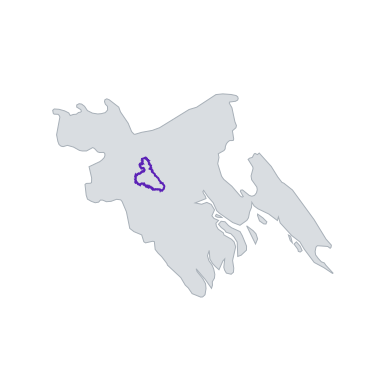 Sirajganj, Rajshahi, Bangladesh (highlighted), rotated 330°
{"feature_id": "16705992B55394931042500", "entity_name": "Sirajganj", "entity_type": "district", "adm_level": 2, "iso_a3": "BGD", "parent_name": "Bangladesh", "parent_adm1": "Rajshahi", "projection": "natural_earth1", "projection_center": [89.578, 24.399], "detail": "fine", "context": "in_parent", "style": "outline", "palette": "violet", "viewbox_px": 384, "rotation_deg": 330, "n_neighbors": 0, "source": "geoboundaries", "source_scale": "gbopen_adm2", "svg_char_len": 8720}
<svg xmlns="http://www.w3.org/2000/svg" viewBox="0 0 384 384"><g transform="rotate(330 192 192)"><path d="M139.6,269.4L139.5,260.5L134.2,243.1L134.5,241.2L133.4,232.8L132.1,228.2L131.4,223.3L134.6,216.1L133.3,215.0L126.3,212.8L125.4,211.0L127.0,204.0L121.9,197.3L119.9,192.4L125.3,176.4L126.7,165.3L126.3,163.1L123.0,160.6L117.2,159.6L113.0,157.6L110.6,154.4L108.6,153.2L106.1,154.1L102.8,152.9L100.1,149.7L97.9,145.9L98.8,141.8L103.1,132.0L104.7,131.7L108.3,133.6L109.7,133.6L112.1,129.7L115.5,118.6L127.4,119.6L130.2,119.2L133.2,118.3L134.8,116.9L135.7,115.2L135.4,113.6L131.7,111.6L130.3,110.0L129.3,105.6L128.3,103.9L121.1,103.7L117.5,101.6L115.4,99.8L111.8,93.8L107.4,89.3L103.1,88.3L101.5,86.8L100.6,84.5L101.1,81.2L103.3,74.8L115.0,61.1L115.3,59.5L114.9,57.8L111.5,55.6L111.2,54.5L112.2,51.6L114.2,51.2L118.2,53.9L122.3,58.1L124.8,61.9L124.8,64.9L128.0,65.5L130.7,66.8L133.5,66.4L135.3,67.1L136.5,66.9L136.9,65.1L134.6,60.8L135.7,59.0L138.4,59.1L140.4,60.7L141.8,64.1L142.1,69.2L145.2,73.9L149.4,77.3L152.6,78.8L156.6,79.9L159.9,78.8L161.6,75.6L160.9,72.6L161.4,70.0L162.7,68.6L164.8,68.7L166.4,70.7L171.0,81.9L170.1,86.9L171.1,100.5L169.9,109.5L170.7,112.9L171.4,113.5L178.4,115.2L188.4,118.8L196.0,120.1L230.7,119.1L238.3,120.9L261.4,119.6L267.7,122.4L274.6,127.1L278.4,130.5L279.2,132.5L278.7,134.2L277.5,135.2L275.1,135.2L269.6,132.9L268.7,133.6L268.7,139.0L264.3,152.5L263.7,156.7L262.2,158.3L257.6,159.2L254.6,167.0L253.4,168.0L250.3,166.3L248.5,166.5L246.1,167.3L243.8,169.1L242.2,171.3L240.4,172.1L233.9,172.0L232.6,175.6L228.4,180.4L225.5,193.1L225.8,196.9L229.4,207.0L231.9,220.1L232.9,221.5L234.1,221.6L234.2,215.6L235.3,214.8L236.8,215.5L239.9,223.6L241.7,225.6L244.4,226.2L247.4,225.0L249.7,222.6L250.6,220.1L249.8,211.2L251.2,207.6L256.5,202.3L257.2,200.7L256.9,191.8L258.8,191.5L261.5,192.2L264.9,190.1L265.9,190.1L267.3,192.3L269.7,191.9L273.4,209.5L273.8,221.8L274.7,228.7L275.9,230.2L280.0,240.5L283.9,276.8L284.5,299.8L286.1,307.7L284.8,309.4L283.5,309.8L282.3,307.0L273.7,301.2L271.7,301.8L268.8,305.2L267.6,308.3L268.1,312.7L269.1,317.1L271.1,319.6L271.3,322.3L273.6,332.7L273.0,332.8L268.3,323.3L262.6,314.1L260.6,297.5L260.5,289.2L256.6,279.6L252.9,262.8L254.4,256.8L251.7,259.4L247.4,249.3L240.7,239.5L238.8,235.1L238.7,230.8L235.8,235.1L231.9,238.1L228.0,242.6L225.3,244.0L216.9,244.8L212.0,238.8L205.1,224.0L204.1,220.6L205.0,211.9L203.4,203.7L202.9,196.4L201.6,197.1L201.2,199.1L201.4,202.1L200.9,204.7L189.2,203.0L194.2,207.4L199.6,208.4L202.4,212.3L202.6,218.7L197.3,222.6L197.8,225.9L200.8,229.9L197.1,231.0L196.1,233.6L196.1,237.3L198.7,243.0L198.2,245.2L202.6,252.7L203.5,256.3L202.4,261.3L192.9,271.6L190.1,278.8L187.8,282.2L184.8,282.8L181.2,279.4L181.2,275.9L181.9,273.1L186.9,266.3L184.2,267.2L176.5,272.8L175.0,268.3L174.0,264.0L174.0,258.9L177.7,251.2L173.5,255.0L172.3,259.8L172.8,265.5L172.3,269.5L170.6,274.7L168.4,277.8L164.7,279.9L163.1,283.0L160.7,285.2L159.8,274.7L157.2,260.5L156.6,263.5L158.0,272.4L157.9,278.1L155.9,282.6L151.9,287.5L148.8,288.2L147.0,287.4L141.3,280.1L140.8,273.2L139.6,269.4ZM210.1,269.6L203.0,271.3L199.4,270.7L206.1,258.0L205.9,252.2L204.8,247.6L201.4,243.8L201.2,241.2L199.6,237.5L198.8,233.2L202.6,231.9L205.7,234.3L206.8,239.2L208.4,242.8L213.8,250.3L213.7,254.9L212.2,266.1L210.1,269.6ZM225.4,265.4L221.0,268.8L222.4,248.6L225.6,256.1L226.5,260.1L225.4,265.4ZM241.9,255.3L240.0,256.7L238.2,255.5L236.0,250.8L237.1,244.8L237.8,243.9L240.5,250.0L241.9,255.3ZM258.1,297.8L255.7,298.1L254.4,296.6L255.0,294.6L254.3,288.1L257.5,287.4L258.6,292.9L258.1,297.8ZM255.3,279.6L253.5,286.1L252.8,283.2L254.0,277.5L255.3,279.6ZM204.5,227.0L205.2,229.1L201.2,226.4L200.2,224.5L201.9,223.5L204.5,227.0Z" fill="#d9dde1" stroke="#a8b0b8" stroke-width="1"/><path d="M151.4,149.3L151.5,149.3L151.3,149.5L151.2,149.9L151.3,150.0L151.2,150.0L151.0,150.5L150.8,150.6L150.6,150.7L150.7,151.0L150.4,151.3L150.4,151.5L150.2,151.6L150.1,151.8L150.0,152.2L149.8,152.2L149.5,152.6L149.3,152.8L149.3,153.0L149.1,152.9L149.1,153.1L149.0,153.3L149.2,153.6L149.1,153.8L148.9,153.8L149.1,153.9L149.0,154.3L148.8,154.3L148.8,154.7L148.6,154.8L148.3,155.1L148.1,155.0L148.0,155.4L147.9,155.4L147.7,155.5L147.8,155.9L148.2,155.9L148.5,155.7L148.9,156.0L149.2,156.1L149.2,156.4L149.1,156.9L149.3,157.0L149.2,157.4L149.2,157.7L149.1,158.0L149.3,158.2L149.3,158.5L149.5,158.7L149.8,158.6L150.0,159.0L150.3,159.2L150.3,159.4L150.6,159.3L151.1,159.4L151.1,159.5L151.2,159.4L151.3,159.5L151.4,159.4L151.6,159.5L151.9,159.6L152.2,159.4L152.5,159.3L152.7,159.5L153.0,159.6L153.0,159.8L152.8,160.0L153.0,159.9L153.5,160.2L153.9,160.3L153.8,160.8L154.0,160.8L154.0,161.0L154.3,160.8L154.6,160.8L154.5,161.1L154.6,161.4L154.8,161.4L154.8,161.5L154.7,161.7L154.6,161.8L154.7,162.0L154.5,162.3L154.7,162.7L154.9,162.9L154.8,163.3L155.0,163.5L154.8,164.0L154.8,164.3L155.0,164.4L155.1,164.2L155.4,164.2L155.5,163.8L155.6,163.7L155.8,163.7L156.1,163.7L156.3,163.8L156.3,164.0L156.4,164.3L156.2,164.8L156.1,165.1L155.7,165.1L155.7,165.3L156.0,165.4L156.6,165.3L156.7,165.2L156.9,165.1L157.0,165.4L157.0,165.6L156.8,165.9L156.7,165.8L156.7,165.7L156.4,165.7L156.4,166.0L156.6,166.1L156.5,166.4L156.6,166.6L156.8,166.6L157.0,166.5L157.3,166.6L157.4,166.3L157.3,166.1L157.5,166.0L157.6,165.9L157.6,166.1L157.9,166.0L158.1,166.0L158.2,166.6L158.4,166.7L158.3,166.8L158.5,166.9L158.8,166.9L158.9,167.2L158.8,167.3L158.6,167.3L158.5,167.5L158.6,167.8L158.9,168.0L159.1,168.0L159.3,168.1L159.3,168.3L159.0,168.3L158.9,168.3L159.1,168.8L158.8,169.0L158.9,169.3L159.0,169.4L159.1,169.6L159.1,169.9L159.2,170.2L159.4,170.1L159.5,170.2L159.6,170.3L159.8,170.1L159.8,170.4L159.8,170.5L159.9,170.2L160.3,170.3L160.5,170.6L160.4,170.8L160.2,170.7L160.2,170.9L160.3,171.1L160.6,171.2L161.0,171.1L161.2,171.3L161.6,171.3L161.7,171.5L162.2,171.7L162.2,171.8L162.3,171.8L162.4,171.7L162.5,171.8L163.2,172.5L163.5,172.3L164.4,172.9L165.0,173.4L165.3,173.5L165.3,173.8L165.4,174.5L165.3,174.9L165.7,174.7L166.0,174.6L166.1,174.8L165.9,174.8L166.1,175.0L166.2,175.4L166.3,175.4L166.4,175.5L166.9,175.9L167.0,175.8L167.6,175.5L168.1,175.4L168.4,175.4L169.1,175.2L169.5,174.8L169.5,174.5L169.9,174.4L170.2,174.0L170.8,173.4L171.0,173.0L171.1,172.4L171.1,172.1L170.8,171.2L170.8,170.2L171.0,169.7L170.4,169.3L170.2,168.7L169.6,168.8L169.3,168.4L169.5,168.2L170.0,168.2L169.6,166.3L169.4,165.0L169.5,164.4L169.7,163.7L169.6,162.7L169.5,162.4L169.1,161.8L169.0,161.4L169.0,160.7L168.9,160.4L168.7,160.0L168.3,159.7L168.1,159.4L168.2,158.9L168.7,158.2L168.7,157.7L167.9,155.6L168.0,155.0L168.3,154.3L167.8,154.3L167.8,154.0L167.8,153.6L168.0,153.5L168.4,153.0L168.4,152.9L168.0,153.1L168.4,152.2L168.3,151.9L168.1,151.9L168.0,151.7L167.4,151.3L167.6,151.0L168.0,151.2L168.1,150.7L167.8,150.6L168.0,150.5L167.9,150.4L168.4,150.3L168.9,150.2L168.8,149.4L169.0,149.1L169.5,148.8L169.7,148.6L169.4,148.3L169.3,147.7L169.0,147.3L168.9,147.0L168.7,146.6L168.7,146.2L169.5,146.0L169.4,145.3L169.5,144.3L169.4,143.9L169.8,143.8L170.1,143.4L170.0,143.1L169.7,143.1L169.7,142.9L169.8,142.9L169.7,142.8L169.6,142.6L169.8,142.3L169.6,142.2L169.4,142.2L169.2,141.9L169.2,141.7L169.0,141.2L169.3,141.2L169.4,141.3L169.4,141.1L169.6,141.1L169.7,140.7L169.2,140.3L169.3,140.2L169.4,139.9L169.3,139.4L169.2,139.1L168.9,138.9L168.4,139.2L167.8,138.8L167.6,138.8L167.7,139.1L167.4,139.5L167.5,139.2L167.4,139.0L167.2,139.0L166.9,138.8L166.5,138.6L165.8,138.5L165.2,138.3L165.0,138.5L165.0,139.1L164.9,139.5L164.6,139.8L164.7,140.1L164.2,140.1L164.4,141.0L164.1,141.2L163.9,141.6L163.5,141.6L163.8,141.9L163.8,142.4L163.7,142.3L163.5,142.7L162.9,143.1L162.7,143.0L162.4,143.0L162.2,142.8L162.2,142.7L161.8,142.6L161.8,142.3L161.6,142.3L160.9,142.5L160.7,142.7L160.5,141.9L160.1,142.2L160.1,142.5L160.3,142.8L160.4,143.0L160.3,143.4L160.1,143.4L159.9,143.5L160.0,143.8L160.1,144.0L159.9,144.1L159.7,144.7L159.8,144.8L160.3,144.8L160.4,144.7L160.2,145.0L160.1,145.3L160.3,146.0L160.2,146.2L159.9,146.1L159.9,146.4L160.2,146.5L160.7,146.3L161.0,146.4L161.5,146.6L161.5,146.8L161.8,146.7L162.1,147.0L162.0,147.4L161.9,147.6L162.1,148.1L162.1,148.4L162.0,148.5L162.1,148.8L162.0,149.2L161.7,149.3L161.6,149.5L161.4,149.6L161.2,149.6L161.0,149.9L160.9,149.8L160.7,149.9L160.5,149.6L160.2,149.5L160.1,149.8L159.8,149.9L159.8,149.6L159.5,149.6L159.3,149.1L159.2,149.1L159.0,149.5L159.2,149.9L159.0,150.0L158.7,150.4L158.8,150.0L158.8,149.7L158.7,149.6L158.2,149.4L157.8,149.6L157.5,149.5L157.3,149.4L156.8,149.7L156.8,150.0L156.6,150.0L156.3,150.1L156.1,150.1L156.1,149.9L155.1,149.7L154.9,149.5L154.9,149.2L154.2,149.2L154.2,149.5L153.6,149.6L153.6,149.4L153.2,149.4L153.1,149.5L152.9,149.5L152.7,149.5L152.5,149.3L152.3,149.4L152.2,149.3L151.9,149.3L151.6,149.3L151.6,149.1L151.4,149.3Z" fill="none" stroke="#5b21b6" stroke-width="2"/></g></svg>